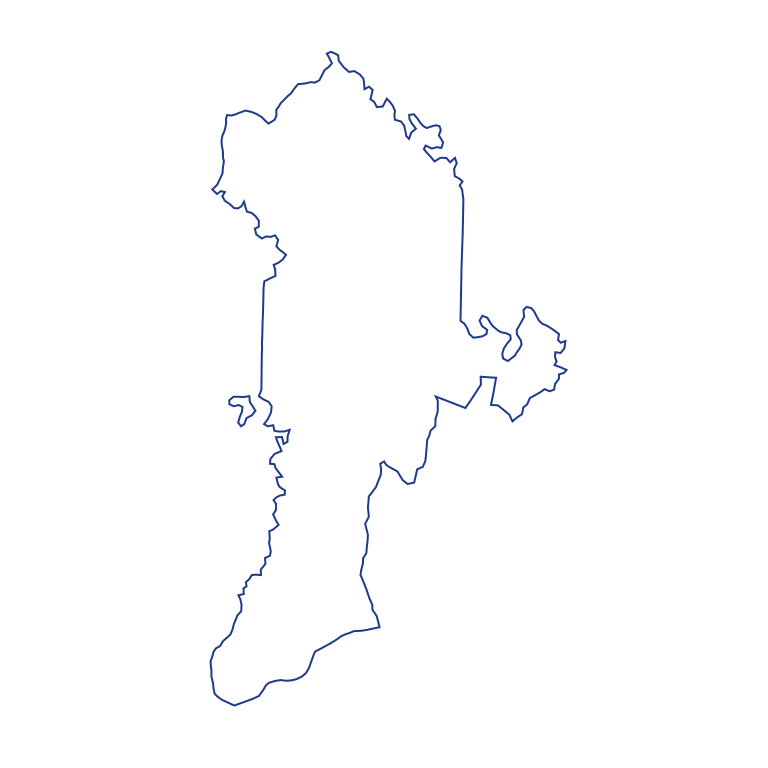 Ijuí, Rio Grande do Sul, Brazil (Mercator projection), rotated 183°
{"feature_id": "56859067B40890033083264", "entity_name": "Ijuí", "entity_type": "district", "adm_level": 2, "iso_a3": "BRA", "parent_name": "Brazil", "parent_adm1": "Rio Grande do Sul", "projection": "mercator", "projection_center": [-53.893, -28.297], "detail": "fine", "context": "isolated", "style": "outline", "palette": "blue", "viewbox_px": 768, "rotation_deg": 183, "n_neighbors": 0, "source": "geoboundaries", "source_scale": "gbopen_adm2", "svg_char_len": 5241}
<svg xmlns="http://www.w3.org/2000/svg" viewBox="0 0 768 768"><g transform="rotate(183 384 384)"><path d="M531.2,118.9L534.1,113.6L537.7,111.5L540.1,108.1L541.2,102.8L542.7,97.9L542.1,93.0L541.3,88.7L541.0,82.6L539.1,76.4L538.2,70.6L536.9,65.8L534.1,63.3L529.9,60.4L525.6,58.7L516.7,55.1L511.1,57.4L505.3,59.8L499.0,62.5L492.6,65.9L488.4,72.4L486.2,76.8L483.4,79.5L477.5,81.7L471.9,82.9L466.1,82.5L460.8,83.2L455.9,84.7L450.9,87.4L446.9,91.1L444.1,96.4L441.9,103.7L440.3,109.2L438.8,113.2L431.5,117.5L423.6,122.4L417.3,126.8L413.7,129.8L409.5,132.0L404.6,133.9L401.3,135.6L393.6,136.4L388.5,137.5L375.7,140.9L379.1,151.8L383.7,157.9L384.2,163.2L387.2,168.8L390.9,178.2L395.2,187.6L397.5,192.2L396.8,198.0L395.6,204.2L395.8,208.8L392.8,214.1L392.6,220.8L392.2,226.6L392.2,232.7L395.5,243.4L392.2,250.6L393.6,260.1L393.3,266.9L393.3,270.9L390.8,274.4L386.6,280.7L384.7,286.6L382.5,293.0L382.4,299.0L383.6,304.1L379.9,306.7L377.7,303.5L374.4,301.4L366.0,297.4L362.7,292.4L360.1,288.8L355.2,285.4L348.7,287.1L346.4,300.5L340.9,303.3L338.7,309.2L338.4,314.0L337.9,330.6L336.2,334.4L335.0,340.0L330.6,344.4L330.7,352.3L328.9,358.9L329.4,370.1L331.6,374.2L301.5,364.3L297.2,371.1L287.2,388.4L287.8,396.3L272.4,396.1L274.1,381.8L276.1,368.7L269.0,368.6L257.3,360.0L253.7,353.4L249.6,357.4L244.6,361.1L243.6,367.9L239.9,371.3L237.6,377.6L234.3,379.6L227.0,384.3L223.4,387.3L218.1,385.4L213.8,387.4L213.2,392.9L209.6,398.4L209.8,402.7L204.8,404.6L202.4,407.6L207.9,409.7L214.7,411.8L212.8,415.5L214.6,419.7L214.6,424.7L209.3,424.2L205.7,429.1L205.1,436.4L209.7,434.5L212.5,437.1L211.9,443.1L218.9,447.7L223.9,450.5L228.9,452.4L232.4,455.2L235.2,459.7L237.9,464.4L241.0,467.6L245.7,468.4L248.6,465.2L247.6,458.4L251.7,449.9L254.3,444.7L253.8,440.5L249.5,434.5L248.7,430.6L250.5,426.4L252.6,423.4L254.7,419.3L261.5,413.4L266.4,415.7L267.5,420.4L266.0,426.1L263.3,430.6L259.8,435.3L260.4,439.3L264.7,441.1L269.2,441.7L272.4,443.0L278.4,447.5L281.0,450.7L284.3,455.6L289.3,457.3L291.9,452.4L289.1,446.9L283.8,443.5L284.3,439.2L288.4,436.7L293.1,435.6L297.2,434.9L301.5,438.5L303.7,443.8L306.8,448.3L310.9,451.1L312.6,501.6L312.8,509.9L313.3,538.7L313.8,555.1L314.4,572.6L316.2,582.3L318.8,586.3L316.2,590.4L319.3,592.9L324.2,595.3L325.3,602.5L322.9,608.3L325.0,613.5L329.5,608.9L333.6,613.0L339.6,612.8L345.2,608.9L349.0,613.0L353.4,617.3L356.5,620.7L354.9,624.3L348.5,621.6L343.6,623.3L339.1,622.7L337.6,628.2L339.8,631.8L342.2,635.1L340.6,640.6L342.1,644.4L345.8,645.1L349.9,643.8L354.7,641.8L358.3,643.6L361.3,646.6L364.3,650.6L368.2,654.9L372.9,654.1L372.5,650.0L369.9,645.7L365.5,640.6L369.9,636.6L371.8,630.1L374.8,632.9L375.7,637.0L377.4,643.1L380.7,647.0L387.0,648.5L387.7,653.2L387.3,657.3L390.0,662.6L393.0,666.2L396.2,669.0L399.8,661.0L405.6,660.2L408.6,665.2L412.4,667.7L410.7,677.1L414.6,680.1L418.9,677.4L419.7,683.8L420.6,687.9L424.4,691.9L430.0,694.9L435.3,693.8L440.9,698.3L446.0,704.3L447.1,710.0L450.6,711.6L454.4,712.9L458.4,710.9L455.7,706.7L452.8,701.5L455.2,698.3L459.9,694.2L462.1,689.1L464.4,684.0L468.7,681.4L473.2,681.6L477.9,680.1L481.5,679.5L485.4,679.0L489.0,674.4L491.9,669.5L495.2,666.5L498.6,662.6L501.8,659.1L503.5,655.7L505.9,652.3L505.5,646.7L506.9,642.3L509.9,640.1L513.0,638.0L516.2,640.6L520.0,644.1L525.5,647.0L530.4,648.7L536.5,649.8L542.9,647.2L546.7,645.3L550.8,644.1L554.7,644.4L555.7,640.6L555.3,636.1L555.8,632.1L556.6,628.2L558.3,623.7L559.0,619.0L558.5,613.9L557.0,607.7L556.6,601.7L555.5,597.8L556.2,592.0L556.3,585.9L558.5,580.3L561.0,574.3L565.6,569.2L560.7,565.0L557.0,568.1L552.9,567.3L555.3,563.2L552.7,558.8L547.6,555.7L543.1,551.9L539.1,551.7L535.6,554.1L533.3,558.7L531.5,553.0L529.9,548.9L525.1,547.9L520.9,544.7L517.5,540.3L517.3,534.4L521.1,532.4L519.4,526.7L513.7,522.9L509.3,525.2L504.6,525.0L500.6,526.8L497.3,522.3L498.7,515.9L495.7,512.9L492.2,510.5L488.6,507.9L491.6,503.1L495.7,499.6L500.4,497.2L498.7,492.8L498.0,486.3L503.5,483.4L508.9,480.2L509.3,473.4L509.1,467.1L508.9,462.7L508.8,457.5L508.7,453.5L508.5,446.9L508.5,439.6L508.3,434.1L508.1,425.8L508.0,418.2L507.6,412.7L507.6,408.8L507.4,403.1L507.2,397.1L507.0,392.9L506.8,388.6L506.6,383.9L506.4,377.3L506.1,372.4L508.3,365.1L503.3,362.2L498.1,360.0L495.0,355.9L495.4,349.5L498.1,342.9L501.7,337.7L497.9,335.7L492.5,337.0L491.0,331.6L487.0,331.0L480.9,331.4L475.8,333.3L477.5,326.8L477.4,321.2L481.1,318.9L483.1,325.7L489.1,325.2L487.7,321.5L482.8,311.7L489.7,308.4L493.5,303.1L493.7,298.4L489.2,298.2L488.0,294.5L480.9,286.1L486.6,284.9L484.7,278.6L482.6,275.5L477.3,272.4L477.4,268.3L482.0,267.2L485.6,265.1L488.2,262.3L485.6,258.7L485.3,252.6L487.9,248.0L485.0,242.5L481.9,237.8L487.3,232.7L490.8,231.0L490.0,223.1L490.5,219.3L489.2,214.6L488.3,210.6L489.0,206.5L493.7,204.0L493.0,198.2L497.3,192.2L496.9,186.7L502.3,186.9L506.1,186.2L508.1,182.4L511.5,178.8L510.7,174.8L513.6,172.5L513.1,166.9L518.3,165.4L516.1,161.3L514.7,156.0L514.7,149.6L518.3,145.2L519.6,141.1L521.3,136.7L522.5,130.6L524.3,125.8L527.4,122.6L531.2,118.9ZM517.8,364.8L523.2,363.7L528.5,363.6L533.6,363.4L537.7,359.6L537.3,355.7L532.8,353.9L528.0,355.4L524.1,353.6L524.5,348.6L526.3,343.6L527.6,337.8L524.5,334.3L521.5,336.6L519.4,342.9L514.4,345.7L511.0,350.5L513.8,354.7L517.0,358.9L517.8,364.8Z" fill="none" stroke="#1e3a8a" stroke-width="2"/></g></svg>